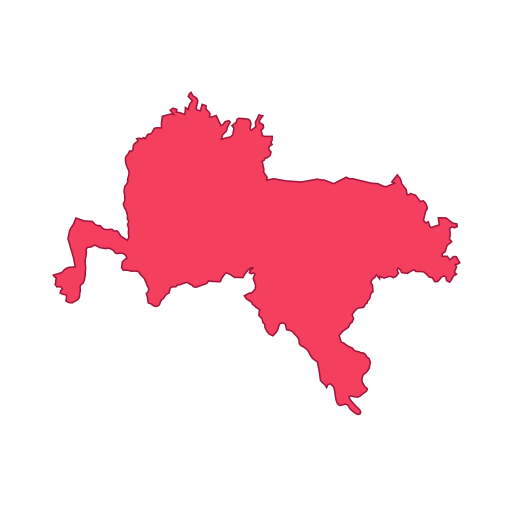 São Luiz Gonzaga, Rio Grande do Sul, Brazil, rotated 172°
{"feature_id": "56859067B99298801417178", "entity_name": "São Luiz Gonzaga", "entity_type": "district", "adm_level": 2, "iso_a3": "BRA", "parent_name": "Brazil", "parent_adm1": "Rio Grande do Sul", "projection": "mercator", "projection_center": [-54.867, -28.39], "detail": "fine", "context": "isolated", "style": "filled", "palette": "rose", "viewbox_px": 512, "rotation_deg": 172, "n_neighbors": 0, "source": "geoboundaries", "source_scale": "gbopen_adm2", "svg_char_len": 6096}
<svg xmlns="http://www.w3.org/2000/svg" viewBox="0 0 512 512"><g transform="rotate(172 256 256)"><path d="M342.5,391.9L346.4,391.5L349.2,387.6L350.9,388.9L353.2,387.8L354.8,388.9L357.8,388.8L356.8,386.3L360.9,384.0L362.3,382.1L362.9,378.7L364.6,376.9L366.5,377.7L368.1,375.3L371.4,372.0L372.0,369.1L371.9,364.8L370.9,360.7L370.0,357.6L370.5,354.5L372.6,349.5L372.6,347.3L374.3,345.0L376.2,343.3L377.8,338.3L377.6,334.7L378.2,329.1L380.2,326.0L379.5,321.9L378.4,319.8L377.6,314.0L378.3,310.6L377.2,308.3L378.8,304.9L378.3,300.3L379.1,297.9L379.3,292.3L381.2,289.4L387.0,294.4L389.0,298.8L390.2,300.3L392.9,300.3L395.0,302.6L400.9,303.0L402.9,303.9L404.6,305.4L405.9,307.7L409.1,308.4L410.7,309.4L413.3,313.1L421.1,314.6L429.0,318.7L432.4,312.8L435.5,309.3L437.0,307.2L439.8,299.3L437.0,280.0L436.5,270.4L442.7,270.8L444.8,270.5L447.4,269.3L450.8,266.6L459.4,265.3L458.5,263.6L456.7,262.0L457.8,259.6L458.0,257.5L458.9,255.8L457.6,253.2L453.5,252.7L452.4,250.1L454.3,248.9L455.0,246.3L452.2,244.9L449.2,243.7L449.5,241.1L450.5,237.9L449.0,236.7L447.0,235.6L444.4,235.2L441.6,236.4L438.8,237.4L437.0,239.1L436.2,241.0L435.7,243.7L434.9,245.6L434.4,250.6L433.1,252.0L430.9,253.3L429.3,255.9L428.5,258.7L427.6,260.9L427.5,262.9L426.4,267.3L426.2,270.0L426.2,272.2L425.9,274.6L425.5,276.5L424.5,279.2L423.3,283.7L423.5,285.9L421.8,287.9L418.1,287.9L414.3,289.2L411.9,287.9L409.5,286.0L403.8,284.2L401.1,284.4L399.0,283.3L396.8,281.7L395.7,280.1L394.8,278.4L392.9,277.7L390.6,277.8L388.1,277.3L385.8,276.0L384.7,273.8L384.1,271.9L386.5,270.8L389.3,268.6L390.7,263.1L389.6,260.5L384.9,259.7L381.3,258.2L379.5,258.1L375.8,257.5L374.1,256.3L373.2,254.0L371.4,251.6L369.5,248.9L369.0,246.3L368.4,244.4L367.9,241.6L366.7,239.1L367.7,235.6L369.9,234.0L369.3,231.1L369.4,228.0L369.2,224.5L366.6,223.2L364.3,220.9L362.2,219.9L360.0,220.2L358.4,221.2L357.1,223.6L355.7,225.6L353.2,227.2L351.5,229.3L349.8,230.6L347.4,231.4L345.5,235.9L344.0,237.1L339.7,236.7L337.6,238.3L335.4,238.1L333.6,238.6L328.4,239.5L326.8,238.8L325.6,237.4L323.5,236.3L322.2,234.2L319.6,233.4L312.8,234.8L310.2,235.2L307.9,236.2L306.5,238.0L303.8,237.1L296.6,235.7L294.8,235.6L293.8,237.2L292.8,239.0L289.2,242.7L287.6,243.6L284.5,241.6L280.1,237.7L276.0,237.2L273.8,236.7L271.9,236.4L270.2,239.0L265.6,243.4L263.0,244.9L260.0,244.9L263.5,243.0L265.0,240.4L263.2,239.1L260.9,239.6L259.6,238.0L261.9,234.3L261.6,232.4L261.0,230.2L260.5,226.6L261.6,223.1L263.5,221.7L265.0,220.3L267.9,220.1L273.1,218.3L272.1,216.0L271.0,214.4L267.0,211.1L266.1,208.5L264.2,206.7L263.2,205.1L261.3,203.8L259.9,202.1L260.7,199.9L261.5,196.8L258.7,192.8L258.4,189.1L256.8,187.2L257.1,183.9L255.7,179.9L254.0,177.1L250.4,174.6L247.8,176.6L245.8,178.5L244.5,180.5L242.2,185.5L239.7,186.1L237.8,185.7L236.3,183.9L236.0,178.6L233.3,177.9L230.9,176.5L228.8,173.7L227.6,171.8L226.1,169.8L225.1,166.8L225.3,163.0L223.9,160.8L221.9,159.6L219.7,157.5L218.3,156.0L217.4,154.2L216.0,150.2L214.9,147.8L213.4,145.7L209.9,142.6L209.4,131.0L209.5,124.1L208.1,121.6L205.7,118.9L204.4,115.8L202.8,118.6L200.1,119.1L197.5,115.9L196.9,112.5L196.9,105.5L196.7,101.8L196.1,99.1L195.1,97.3L193.5,96.2L187.7,96.9L185.5,95.1L184.6,92.5L183.6,90.8L182.4,89.4L178.8,85.8L177.1,84.9L174.9,85.1L174.0,87.0L174.8,89.4L178.4,94.0L181.6,98.8L182.9,101.0L183.5,103.7L181.4,104.2L178.5,103.0L175.1,102.1L172.8,102.6L170.7,103.7L169.1,105.0L166.9,105.9L164.8,107.4L164.3,109.3L166.2,111.2L168.0,115.1L168.3,117.1L168.3,119.5L166.5,123.5L163.0,125.3L159.7,128.7L157.5,135.0L158.3,138.7L160.4,140.8L161.4,143.4L163.2,145.1L165.5,145.5L167.0,146.6L171.7,148.5L173.3,151.4L177.5,153.9L181.2,157.6L183.7,158.9L184.7,165.8L180.3,169.6L174.4,172.5L172.1,176.1L170.3,176.8L168.1,180.3L169.0,184.7L165.0,188.6L162.3,190.2L156.5,190.2L154.3,193.1L152.6,193.9L151.8,195.8L149.4,198.0L147.3,203.0L145.1,204.3L144.8,208.7L144.8,211.3L146.0,213.6L144.3,216.7L141.6,218.0L139.4,220.7L136.8,216.1L136.2,218.6L134.6,217.4L132.1,216.3L127.9,217.1L125.7,217.2L123.0,215.4L120.2,216.4L117.3,219.1L118.2,222.5L116.9,224.4L114.6,221.5L114.2,219.4L112.2,218.7L108.5,217.7L103.9,219.7L101.3,220.5L100.0,218.4L94.9,217.6L92.0,216.8L90.1,214.8L88.8,213.0L87.7,211.2L84.4,209.9L82.4,205.5L79.5,205.5L77.4,207.2L75.5,209.2L72.7,210.1L71.0,209.0L70.7,205.1L67.9,203.1L65.8,205.3L63.1,208.9L59.9,210.0L61.8,212.3L58.9,217.3L59.8,219.8L57.3,220.0L55.1,220.9L57.8,227.5L60.4,228.0L64.6,225.2L66.6,229.1L71.7,229.8L71.0,232.6L68.0,234.0L65.4,239.8L60.2,243.0L62.1,245.8L61.0,248.9L60.5,252.1L60.4,256.5L57.5,257.5L55.5,256.3L52.6,257.1L52.6,259.8L56.8,261.3L62.5,267.3L70.2,268.5L70.2,261.3L75.6,260.5L77.8,259.8L79.7,260.7L80.6,266.0L83.2,265.1L85.2,268.0L81.9,276.4L79.8,279.1L79.8,281.5L80.9,285.0L82.7,287.5L85.6,287.0L89.6,294.0L94.4,296.4L95.9,295.3L97.8,295.5L98.0,300.8L101.6,307.2L102.1,312.0L104.8,316.7L111.3,310.4L108.5,308.8L117.6,306.5L120.6,307.6L125.3,310.7L131.2,311.9L150.1,319.3L152.2,319.2L155.8,321.5L169.0,316.8L178.2,321.9L180.3,322.1L184.5,323.6L200.9,323.0L215.8,326.2L227.5,330.0L234.9,329.7L234.0,332.4L236.8,338.0L236.1,340.7L236.7,348.9L234.6,349.7L233.4,351.5L230.9,351.8L228.1,353.5L226.6,356.9L228.7,360.4L227.3,362.9L224.5,364.1L225.5,366.2L223.9,368.5L223.3,372.2L230.7,373.3L232.9,374.2L233.4,379.8L230.6,382.0L230.6,384.9L234.1,387.8L233.5,389.9L229.7,393.8L233.6,395.3L234.9,392.9L237.9,388.7L238.3,383.8L243.4,381.2L244.3,383.1L242.5,387.6L243.2,391.1L244.7,392.6L249.7,393.9L254.1,394.8L255.9,393.8L256.8,391.3L261.7,388.4L260.0,385.6L262.2,379.2L264.9,377.4L269.0,377.2L273.9,376.4L272.2,380.6L267.8,384.0L266.5,387.5L262.9,392.2L264.1,393.9L267.9,393.3L270.4,390.7L272.6,390.1L275.9,400.7L280.4,399.8L282.7,400.1L281.7,403.1L282.7,405.3L285.2,408.7L284.5,411.8L288.2,413.7L290.9,407.5L294.4,409.0L294.5,411.1L292.0,417.9L292.8,420.5L296.3,423.6L297.5,427.1L299.4,425.9L300.9,423.3L297.4,418.6L300.1,416.1L302.0,412.8L302.6,410.6L305.3,412.9L305.7,410.0L307.0,406.1L311.6,408.6L314.9,409.7L314.0,412.2L317.9,413.9L320.7,412.3L317.6,407.5L320.6,408.5L329.3,407.4L331.2,400.6L331.8,396.0L335.9,396.7L338.8,396.7L342.5,391.9Z" fill="#f43f5e" stroke="#9f1239" stroke-width="1.5"/></g></svg>